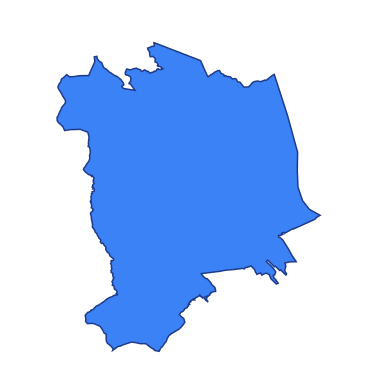 outline of Teisani, Prahova, Romania, rotated 352°
{"feature_id": "2599482B15804896567497", "entity_name": "Teisani", "entity_type": "district", "adm_level": 2, "iso_a3": "ROU", "parent_name": "Romania", "parent_adm1": "Prahova", "projection": "mercator", "projection_center": [25.998, 45.225], "detail": "fine", "context": "isolated", "style": "filled", "palette": "blue", "viewbox_px": 384, "rotation_deg": 352, "n_neighbors": 0, "source": "geoboundaries", "source_scale": "gbopen_adm2", "svg_char_len": 5835}
<svg xmlns="http://www.w3.org/2000/svg" viewBox="0 0 384 384"><g transform="rotate(352 192 192)"><path d="M196.6,294.4L199.4,293.6L201.5,293.8L201.7,293.3L201.5,290.2L200.8,288.9L198.8,286.6L197.9,284.3L195.1,280.1L193.0,279.2L190.5,275.8L189.9,274.1L208.4,274.4L214.1,274.1L222.8,274.6L231.4,274.7L233.0,275.4L233.4,275.2L234.1,274.3L236.3,274.3L240.1,273.4L243.4,277.9L243.6,279.8L244.2,280.9L244.8,282.6L248.6,281.7L249.6,284.0L253.7,282.6L254.7,283.0L257.2,284.7L257.2,285.5L258.2,289.1L262.6,294.8L264.6,294.4L264.2,293.1L263.0,291.7L263.2,291.3L263.0,290.9L261.3,288.6L260.7,286.2L262.4,285.5L263.8,282.7L262.3,279.6L260.3,276.6L255.8,271.1L257.6,270.0L263.3,277.5L264.3,277.2L267.9,281.9L268.8,281.4L273.4,287.3L274.2,286.4L274.2,285.8L273.1,283.8L273.0,282.9L273.1,281.8L274.3,279.5L274.5,278.7L274.5,277.3L274.0,275.3L278.8,274.8L285.5,275.5L282.1,268.6L279.7,262.2L275.1,251.9L272.5,249.2L271.5,248.6L271.6,247.1L272.2,246.9L273.3,247.4L275.8,246.6L274.9,245.8L275.7,244.9L276.2,245.1L277.3,244.7L277.7,245.9L286.9,242.3L287.1,242.8L308.9,236.4L310.2,235.9L311.9,234.4L315.6,232.9L305.8,225.5L300.3,216.0L297.6,201.9L299.3,185.1L302.1,167.3L297.2,129.3L289.8,87.0L287.5,87.9L281.1,91.7L279.8,91.3L275.5,92.3L272.1,91.2L269.5,91.3L267.0,92.1L264.2,94.8L262.4,95.8L258.0,95.3L254.8,89.9L253.1,89.6L252.1,88.4L251.8,87.0L251.3,86.1L250.6,85.7L247.8,85.6L247.1,85.0L246.3,83.6L244.4,82.7L243.3,82.8L241.7,81.5L240.5,81.9L240.0,81.7L239.9,81.3L240.1,80.9L239.8,80.1L237.1,78.3L236.4,76.0L235.8,75.4L234.4,75.5L231.2,76.5L228.0,78.3L226.9,78.5L224.1,80.2L222.8,77.3L218.8,63.1L175.2,38.8L174.9,39.3L175.2,41.1L174.9,42.2L172.0,42.3L170.3,43.0L168.1,43.3L168.2,44.9L169.6,47.7L169.2,49.1L169.3,51.8L169.4,52.1L170.6,52.4L172.2,52.3L173.9,54.3L174.3,55.4L173.7,56.5L173.6,58.3L175.0,58.6L176.0,60.6L176.0,61.3L175.3,61.8L175.4,62.4L175.9,62.8L177.6,63.2L179.3,64.5L179.0,65.5L180.2,66.0L179.1,66.5L176.5,66.1L175.6,65.2L175.3,65.3L174.0,65.8L173.7,66.7L173.0,67.3L171.7,67.2L171.0,67.3L170.7,67.9L168.5,68.0L167.0,68.6L165.8,66.9L164.9,66.2L164.2,66.5L162.8,64.9L161.9,64.5L159.2,65.7L158.7,65.6L157.9,63.7L156.3,63.1L154.3,61.7L151.9,61.7L148.0,62.5L144.6,61.1L142.6,64.1L142.4,66.1L143.0,66.9L144.6,67.4L146.8,69.0L147.2,69.9L147.1,73.0L144.7,75.5L144.8,76.0L145.5,76.1L146.2,76.8L149.7,83.4L139.0,80.1L138.1,79.4L137.2,78.0L137.3,77.4L139.2,76.7L139.4,76.2L139.1,74.3L137.3,70.9L133.7,67.0L130.8,65.3L128.3,62.8L127.1,62.0L124.0,58.2L122.7,57.4L121.8,56.2L120.5,51.3L118.1,49.4L116.9,47.0L116.6,44.4L114.0,44.6L114.0,49.3L105.9,62.3L97.0,61.2L90.9,61.3L86.8,60.9L84.2,58.3L81.3,60.5L78.7,61.9L78.1,62.6L77.6,64.5L75.7,66.2L74.3,68.4L73.8,69.5L74.0,70.7L76.3,76.0L77.5,79.4L79.3,83.2L79.3,84.6L79.0,86.2L75.0,89.9L74.4,90.7L74.1,91.5L71.1,95.9L69.9,98.2L68.8,99.2L68.4,102.6L69.0,103.5L69.3,104.7L70.8,106.2L73.5,109.8L74.4,113.4L80.1,113.3L90.1,114.4L97.2,118.3L97.7,123.7L97.0,125.8L96.5,128.1L96.2,128.6L96.2,130.6L95.5,132.4L96.4,133.0L97.1,135.7L96.8,137.1L96.9,138.7L95.6,141.8L95.5,144.3L94.6,146.4L93.8,147.5L91.1,150.2L90.1,151.7L88.3,153.3L87.7,154.4L88.2,155.7L89.8,158.0L91.0,159.1L91.8,160.2L93.9,161.2L94.8,162.6L95.5,162.0L95.7,162.9L96.4,163.4L96.9,164.3L96.3,165.9L95.8,166.5L96.0,166.8L95.8,167.3L96.2,167.9L95.6,168.8L96.2,170.1L94.7,171.2L94.6,172.0L94.1,172.5L94.6,173.0L94.0,173.6L94.8,174.1L94.2,175.1L95.4,175.1L95.6,176.2L95.4,177.4L93.0,178.0L93.2,179.2L92.2,179.6L92.3,180.7L91.2,182.7L91.4,184.4L90.8,186.0L90.0,187.1L90.0,187.4L90.9,187.7L91.1,188.1L90.3,188.9L90.8,190.6L90.8,191.5L90.1,193.3L90.2,193.7L91.5,194.7L91.1,195.5L91.4,196.0L91.3,196.5L90.4,197.5L89.2,198.1L88.5,198.9L88.5,200.1L89.0,202.1L88.6,203.7L88.8,204.4L88.6,205.5L89.1,206.5L88.8,207.3L89.0,210.1L88.5,213.1L89.1,213.8L89.5,215.0L90.3,216.1L90.5,218.1L91.9,219.9L92.5,222.3L93.3,223.5L93.3,224.5L94.9,226.5L95.0,227.2L94.3,228.5L94.6,229.5L95.5,230.4L96.4,230.1L97.2,231.0L97.2,231.7L97.7,232.3L97.8,233.0L99.1,234.5L98.6,236.5L98.9,237.9L99.6,239.1L99.7,239.8L101.3,241.1L101.8,243.8L105.0,247.2L104.9,248.2L104.4,248.6L103.9,248.9L102.7,248.6L102.1,249.0L102.6,250.6L101.6,251.3L102.1,254.2L101.6,255.4L102.0,257.0L100.9,258.5L100.8,260.6L102.1,261.3L102.4,262.4L101.9,263.2L101.9,264.0L102.2,265.4L102.8,265.9L102.2,267.0L101.6,267.3L101.5,268.3L100.4,269.4L100.4,270.3L100.9,271.5L100.8,272.1L100.1,272.9L100.1,273.3L101.7,274.2L101.5,276.0L101.9,277.7L102.6,277.7L103.9,280.0L104.0,280.6L103.7,281.1L102.7,282.0L102.8,282.3L103.9,282.9L103.8,283.5L100.3,283.5L98.0,284.7L96.0,284.9L92.7,286.2L90.1,287.9L84.1,290.9L81.2,291.7L77.5,294.7L76.2,295.1L75.8,294.8L74.5,296.1L73.2,296.7L72.4,296.5L69.5,298.8L69.4,299.4L69.1,299.5L69.2,303.2L68.6,305.5L70.2,307.8L74.6,308.2L77.2,309.0L82.5,312.4L84.6,317.0L85.4,319.6L87.3,320.9L86.5,325.7L86.6,328.3L87.1,329.9L90.1,333.0L92.1,336.3L91.4,337.8L97.4,334.6L99.5,334.6L102.2,333.8L109.9,332.4L111.7,332.3L116.1,333.6L119.3,334.9L125.2,335.8L129.4,340.1L132.4,342.6L133.0,343.7L137.2,345.2L139.8,341.6L141.0,341.2L144.0,337.8L145.7,336.4L147.0,333.7L148.9,331.3L151.5,329.6L160.0,326.0L163.5,323.5L166.8,320.0L166.2,316.1L163.6,313.5L162.5,311.8L164.1,309.6L166.4,309.0L168.0,307.6L168.0,307.1L168.7,306.4L169.6,306.4L171.3,305.6L172.1,304.3L172.5,304.3L172.6,303.1L173.3,303.1L172.9,302.7L173.3,302.2L173.8,302.3L173.5,301.8L175.0,300.6L176.3,300.3L175.0,300.3L174.8,300.2L177.0,299.0L179.0,299.2L178.8,299.0L178.6,298.6L177.7,298.6L177.7,298.3L179.1,297.7L179.7,298.2L180.3,298.1L181.2,296.9L182.5,296.7L185.0,295.7L185.4,295.0L185.8,295.6L185.6,296.3L186.5,297.0L187.1,297.1L187.1,297.6L187.7,298.4L188.5,298.2L189.5,298.9L189.5,299.3L190.0,299.7L190.3,300.8L192.2,302.7L192.4,302.2L191.9,301.9L191.3,299.7L192.1,298.9L192.0,298.1L192.5,297.9L191.3,297.5L195.1,296.6L195.5,295.4L196.4,295.1L196.3,294.8L196.6,294.4Z" fill="#3b82f6" stroke="#1e3a8a" stroke-width="1.5"/></g></svg>